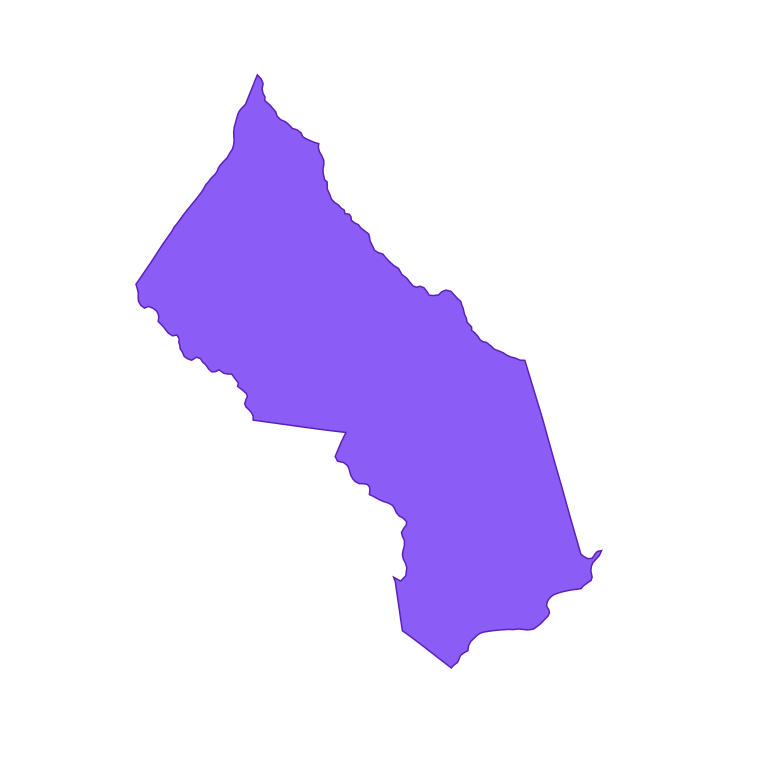 Amontada, Ceará, Brazil (Natural Earth projection), rotated 113°
{"feature_id": "56859067B90853545828337", "entity_name": "Amontada", "entity_type": "district", "adm_level": 2, "iso_a3": "BRA", "parent_name": "Brazil", "parent_adm1": "Ceará", "projection": "natural_earth1", "projection_center": [-39.792, -3.231], "detail": "fine", "context": "isolated", "style": "filled", "palette": "violet", "viewbox_px": 768, "rotation_deg": 113, "n_neighbors": 0, "source": "geoboundaries", "source_scale": "gbopen_adm2", "svg_char_len": 3855}
<svg xmlns="http://www.w3.org/2000/svg" viewBox="0 0 768 768"><g transform="rotate(113 384 384)"><path d="M241.3,482.3L242.4,486.5L239.5,488.5L238.8,492.3L237.0,495.9L236.4,499.6L234.5,504.6L231.6,507.1L228.9,510.0L226.4,512.7L223.4,513.8L220.2,515.3L219.1,518.6L216.3,520.5L213.5,522.5L210.0,524.1L205.2,525.2L201.6,526.9L198.1,530.6L195.6,534.0L192.0,536.8L188.2,538.0L188.8,541.8L188.8,546.1L188.7,551.7L188.1,555.5L185.3,558.3L184.0,563.3L184.5,568.3L182.3,573.3L181.1,577.3L181.1,582.4L179.2,587.1L175.8,590.0L173.5,594.6L171.9,597.6L170.9,600.8L169.7,604.5L166.3,605.7L163.7,608.9L159.8,611.6L154.8,612.6L151.4,616.0L148.9,621.4L180.8,620.8L186.0,622.9L189.6,623.9L193.0,623.9L197.3,623.4L202.0,622.7L206.2,622.2L210.9,620.8L215.1,618.8L218.3,617.2L222.4,615.9L227.1,615.3L230.5,616.0L233.8,616.4L237.2,616.8L241.4,618.5L246.3,620.2L250.0,620.9L253.9,620.7L257.0,621.5L260.1,622.7L263.2,623.9L266.7,624.6L270.0,625.9L274.7,626.3L279.2,627.1L284.3,628.4L306.4,634.7L313.7,636.3L318.2,637.4L321.0,638.4L325.8,638.8L330.1,639.8L335.1,640.8L339.6,641.8L342.4,642.4L364.0,646.2L389.1,651.3L392.7,648.3L396.4,645.6L399.5,644.5L403.8,642.3L406.7,638.4L407.7,634.0L404.6,631.2L404.6,625.6L405.8,621.6L408.6,618.5L411.2,617.2L414.6,616.4L416.3,612.3L417.7,609.1L419.8,605.5L421.5,602.1L422.3,597.6L419.9,593.7L422.5,590.1L425.8,589.2L428.5,586.9L431.2,585.4L433.3,582.2L436.6,578.8L437.5,575.0L437.3,570.4L432.6,567.0L432.4,562.7L434.7,559.5L436.0,555.6L438.8,551.1L440.1,547.2L438.3,543.7L435.4,541.3L436.7,535.7L435.9,531.8L434.4,528.1L437.1,523.5L440.0,518.4L443.4,517.8L444.8,512.4L446.6,506.9L448.8,504.9L451.9,505.0L456.5,504.6L459.1,502.1L460.4,498.4L462.4,494.4L464.7,491.9L468.4,490.3L454.5,439.0L451.4,427.7L448.5,417.3L443.5,400.1L454.0,400.7L469.8,400.6L473.2,396.6L472.1,390.7L473.2,386.0L475.2,383.5L478.2,381.2L481.2,378.7L483.6,375.6L485.1,372.3L485.4,367.9L483.6,363.3L482.9,360.1L484.4,357.2L487.3,355.5L491.5,354.3L491.6,349.7L492.2,344.6L492.4,339.1L491.9,333.0L492.5,328.5L494.8,325.3L497.7,322.3L499.5,318.5L500.0,314.0L501.8,309.6L504.9,308.3L508.9,309.4L513.9,309.9L516.9,307.6L519.9,304.2L524.7,302.1L528.2,301.6L531.3,301.1L534.2,300.2L537.5,297.9L540.3,294.5L544.2,291.2L548.1,290.1L551.9,289.0L556.1,290.6L558.9,291.7L558.1,299.7L561.6,296.3L565.9,293.8L584.3,282.6L601.2,272.4L604.0,270.6L605.2,264.9L607.0,257.4L609.7,246.8L619.1,211.1L616.0,210.1L611.6,207.6L607.8,207.4L604.1,207.6L600.8,205.8L596.7,202.6L591.6,203.9L587.0,203.5L583.6,202.1L579.1,200.1L576.1,198.3L573.4,195.3L569.9,189.7L567.8,186.1L564.4,179.9L560.8,172.5L559.6,169.1L557.0,164.6L555.7,160.5L554.5,156.4L553.1,153.6L551.2,150.7L547.7,148.5L542.3,145.7L537.4,143.9L533.5,142.3L530.0,142.3L527.3,144.2L525.1,147.4L522.4,148.4L518.5,148.4L514.5,147.2L511.5,145.3L508.2,141.8L506.1,139.3L501.2,132.4L499.1,129.0L497.5,126.0L495.3,122.6L491.9,121.6L488.3,119.5L484.0,116.7L480.6,116.9L477.9,118.7L474.9,120.7L470.6,121.9L466.8,121.9L462.7,120.5L458.0,118.8L452.3,118.6L454.7,122.1L457.4,123.2L460.4,123.7L463.3,124.4L465.1,128.2L464.7,133.0L463.6,136.4L432.4,161.7L410.9,178.8L388.4,197.1L353.5,224.9L307.2,263.6L308.9,268.1L308.9,273.6L309.6,277.9L309.5,282.4L308.7,286.4L308.7,290.8L308.9,295.8L306.9,301.5L305.7,306.0L306.4,309.4L305.8,312.6L303.5,316.1L301.5,320.3L300.4,324.2L297.2,325.7L294.7,331.6L291.4,333.8L288.7,336.8L286.3,338.7L283.6,340.5L280.7,343.5L278.1,345.4L276.6,349.7L274.5,354.3L272.5,358.6L273.4,363.8L276.5,366.9L280.6,368.5L283.4,373.3L284.6,377.2L282.3,380.3L279.7,385.1L280.0,389.1L282.2,391.9L282.4,395.5L280.1,400.1L277.7,404.4L276.3,410.2L271.9,415.9L271.2,421.2L270.1,424.3L268.7,428.0L266.8,432.3L264.8,435.9L265.3,440.4L264.7,444.8L260.5,449.6L257.5,452.9L254.5,454.7L251.9,456.7L250.6,461.7L249.4,466.3L247.4,469.8L247.2,474.0L246.0,478.1L243.2,479.5L241.3,482.3Z" fill="#8b5cf6" stroke="#5b21b6" stroke-width="1.5"/></g></svg>